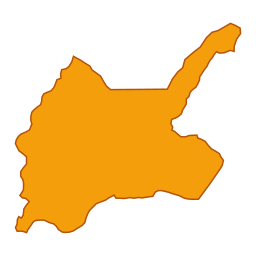 Caldazinha, Goiás, Brazil
{"feature_id": "56859067B2898488959664", "entity_name": "Caldazinha", "entity_type": "district", "adm_level": 2, "iso_a3": "BRA", "parent_name": "Brazil", "parent_adm1": "Goiás", "projection": "mercator", "projection_center": [-48.966, -16.729], "detail": "fine", "context": "isolated", "style": "filled", "palette": "amber", "viewbox_px": 256, "rotation_deg": 0, "n_neighbors": 0, "source": "geoboundaries", "source_scale": "gbopen_adm2", "svg_char_len": 2122}
<svg xmlns="http://www.w3.org/2000/svg" viewBox="0 0 256 256"><path d="M222.3,165.3L223.4,160.4L220.7,156.6L219.4,153.7L215.9,151.4L211.5,148.9L208.3,145.5L205.1,141.3L201.0,139.2L197.9,138.1L196.9,135.1L192.8,135.3L189.2,135.5L185.6,136.8L181.0,136.8L178.3,134.7L174.9,131.6L171.9,130.2L172.7,127.2L170.9,123.4L171.7,119.4L175.4,118.1L178.5,116.3L181.4,113.8L182.5,110.3L186.3,104.0L186.3,98.9L188.9,96.6L190.1,92.3L192.6,89.6L195.9,87.2L197.7,84.1L199.5,80.0L199.7,76.8L201.8,73.7L204.3,69.7L206.9,66.5L208.2,63.6L209.9,60.5L212.2,57.8L214.3,54.3L216.5,51.7L219.2,53.1L224.1,52.8L227.0,51.7L230.3,50.4L234.1,51.4L234.2,46.4L236.6,39.2L240.6,33.5L240.1,28.1L235.3,25.4L230.5,23.4L218.0,30.6L212.0,32.3L206.6,37.5L200.3,47.0L193.1,52.6L184.9,59.6L182.7,67.7L177.8,71.9L172.5,78.9L167.3,89.2L130.8,89.5L127.5,89.5L114.5,89.6L110.5,89.6L106.5,86.2L103.6,81.5L100.4,75.9L97.4,73.8L92.0,69.9L89.9,66.1L84.0,62.5L80.8,60.3L77.5,58.6L73.5,56.3L71.8,61.8L69.1,66.3L66.2,68.7L61.7,69.7L60.6,73.9L61.0,78.2L56.9,79.8L55.2,84.5L53.7,87.8L51.0,90.8L47.2,92.3L43.7,93.9L42.0,97.2L41.6,101.4L40.6,104.7L37.6,106.8L34.0,109.8L31.8,112.3L31.0,115.5L30.8,120.0L31.8,124.1L29.5,129.9L26.3,131.8L21.1,134.0L18.4,136.4L16.4,139.6L15.4,143.6L17.3,147.5L18.9,150.7L22.5,153.4L26.5,156.8L26.5,164.0L23.1,168.1L20.7,171.7L20.7,176.2L22.9,179.7L23.6,183.4L23.4,190.1L19.9,195.5L22.5,197.9L25.8,198.5L29.2,201.6L26.1,205.5L23.9,208.9L23.2,215.0L21.5,218.0L18.7,216.7L17.3,219.9L17.1,223.9L15.5,227.6L17.1,231.2L22.0,231.1L26.6,232.6L27.9,229.7L30.7,225.7L33.6,221.5L36.5,220.3L40.1,220.1L44.2,220.1L49.1,222.5L53.9,224.0L56.2,226.1L58.6,229.7L62.3,232.1L65.4,232.4L69.6,232.1L73.4,230.9L77.5,228.2L81.8,225.7L84.8,222.7L86.2,217.5L87.7,213.8L89.6,210.4L92.9,207.1L96.4,203.6L105.4,200.2L108.9,197.8L114.1,195.2L116.1,198.2L119.8,198.2L124.3,198.5L129.5,197.6L134.0,198.2L138.3,197.5L142.4,197.9L146.4,197.2L152.8,196.3L155.4,192.0L158.4,190.6L161.4,190.6L165.3,191.4L169.2,192.5L173.0,193.8L179.4,195.7L184.4,198.2L187.4,198.9L192.3,199.3L198.5,199.2L209.5,184.3L220.2,168.9L222.3,165.3Z" fill="#f59e0b" stroke="#b45309" stroke-width="1.5"/></svg>